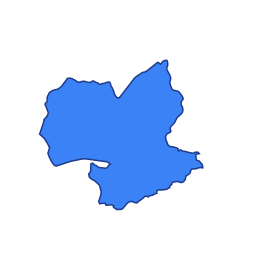 Mbeya, Natural Earth projection, rotated 311°
{"feature_id": "TZA-3335", "entity_name": "Mbeya", "entity_type": "Region", "adm_level": 1, "iso_a3": "TZA", "parent_name": "United Republic of Tanzania", "parent_adm1": "", "projection": "natural_earth1", "projection_center": [33.421, -8.292], "detail": "fine", "context": "isolated", "style": "filled", "palette": "blue", "viewbox_px": 256, "rotation_deg": 311, "n_neighbors": 0, "source": "natural_earth", "source_scale": "10m", "svg_char_len": 2912}
<svg xmlns="http://www.w3.org/2000/svg" viewBox="0 0 256 256"><g transform="rotate(311 128 128)"><path d="M155.4,198.6L153.9,197.4L152.2,196.7L151.4,197.5L150.7,198.3L149.6,199.4L148.8,200.9L149.8,203.5L149.7,204.5L149.3,206.2L149.3,207.3L149.1,208.1L148.7,208.6L147.9,209.2L147.9,209.6L147.1,210.6L146.5,210.1L146.0,209.0L144.8,207.8L143.4,206.9L142.2,206.3L140.9,205.3L139.7,203.8L138.3,202.9L136.7,203.4L135.4,204.2L134.1,204.4L132.8,204.2L131.3,203.6L129.6,203.4L128.4,204.0L127.2,204.8L125.6,205.2L123.6,205.0L122.6,204.7L121.8,204.1L121.2,203.0L120.4,200.8L119.4,199.8L116.6,197.5L115.8,197.2L115.3,197.3L114.5,197.9L114.1,198.0L113.5,198.0L112.5,197.6L111.8,197.6L111.4,197.8L110.8,198.5L110.3,198.6L110.1,198.5L108.7,197.8L107.3,197.5L106.9,197.3L103.8,194.5L101.3,191.7L100.4,191.1L99.4,191.2L98.5,191.7L97.7,192.6L97.0,192.1L93.2,190.5L90.9,188.7L90.6,188.6L89.7,188.7L89.3,188.6L89.0,188.1L88.9,187.3L88.7,186.8L88.0,186.0L87.4,185.6L83.8,185.2L79.5,184.1L77.6,184.0L77.0,183.5L76.2,182.2L75.3,179.5L74.7,178.7L72.9,177.3L70.9,176.8L64.4,176.9L63.3,176.8L62.3,176.4L61.4,175.5L59.5,173.4L59.1,173.1L59.1,172.7L58.6,169.2L59.1,168.6L59.9,168.4L59.3,166.1L57.3,164.0L56.2,163.1L55.3,162.0L56.3,160.3L54.5,158.2L52.2,156.4L53.3,154.1L59.5,151.5L62.4,149.5L66.1,144.0L66.3,137.5L65.5,134.3L65.6,131.0L67.5,128.5L70.5,128.4L76.8,123.5L78.1,124.2L78.3,125.3L78.1,127.1L78.9,128.5L78.9,130.2L79.1,131.9L83.3,138.0L85.4,138.2L87.3,137.9L89.2,138.3L88.8,134.5L77.3,116.8L74.9,114.0L65.7,106.9L52.2,98.8L51.4,96.8L52.7,91.8L54.7,87.1L56.4,84.1L61.6,81.8L63.4,77.7L65.3,71.4L65.4,65.3L76.7,60.7L79.3,59.1L82.8,59.2L86.2,58.5L87.5,57.4L90.7,51.5L91.3,50.0L92.5,49.4L94.7,49.7L96.4,48.4L97.6,47.2L99.2,46.5L103.4,45.4L107.5,46.8L111.0,49.4L115.0,50.5L125.9,49.8L127.4,51.3L128.5,53.2L129.2,56.2L129.6,59.3L130.8,61.6L132.9,62.6L134.7,64.5L135.8,67.1L136.6,68.4L137.6,69.6L140.5,70.6L141.1,71.9L141.3,73.5L142.2,75.9L142.4,78.3L143.2,78.8L144.2,79.1L146.2,80.8L148.5,82.0L149.8,83.0L150.6,84.1L149.9,85.7L148.9,87.1L147.5,90.8L146.4,93.0L145.0,95.1L144.1,97.2L143.7,99.6L144.4,101.3L146.3,101.6L169.5,100.2L172.1,100.5L179.5,102.5L181.3,104.0L183.5,104.8L197.0,107.3L197.5,109.0L197.3,110.5L198.6,110.8L201.0,110.6L203.3,111.5L204.6,113.1L203.4,115.0L201.2,117.0L198.5,117.9L197.3,119.6L195.5,124.4L194.2,126.9L192.4,128.5L190.3,129.3L188.5,131.3L187.1,133.8L186.0,136.2L186.8,138.5L187.9,140.3L188.7,142.3L188.1,146.1L186.8,149.9L185.7,150.8L184.1,150.6L182.2,151.4L180.6,152.6L179.3,155.7L177.5,157.8L175.2,158.9L172.7,158.9L167.9,158.2L162.9,159.6L160.0,159.6L157.1,159.3L154.6,160.5L154.1,162.2L152.7,162.7L149.0,161.3L146.3,161.9L144.2,164.0L141.4,169.4L141.6,172.1L143.3,174.3L144.5,176.8L145.3,179.4L144.2,180.1L144.0,181.3L145.7,181.7L146.2,182.5L146.3,184.3L147.5,185.9L150.2,191.4L151.7,193.7L152.6,194.2L153.6,194.4L155.6,196.7L155.4,198.6Z" fill="#3b82f6" stroke="#1e3a8a" stroke-width="1.5"/></g></svg>